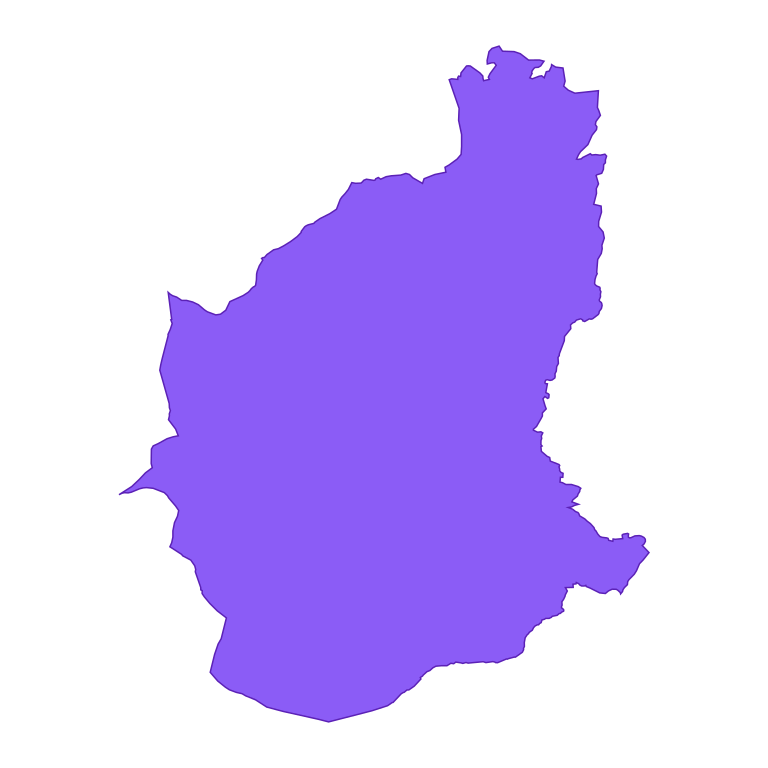 the district of Arieseni, Alba, Romania
{"feature_id": "2599482B47449436193929", "entity_name": "Arieseni", "entity_type": "district", "adm_level": 2, "iso_a3": "ROU", "parent_name": "Romania", "parent_adm1": "Alba", "projection": "robinson", "projection_center": [22.749, 46.504], "detail": "fine", "context": "isolated", "style": "filled", "palette": "violet", "viewbox_px": 768, "rotation_deg": 0, "n_neighbors": 0, "source": "geoboundaries", "source_scale": "gbopen_adm2", "svg_char_len": 6078}
<svg xmlns="http://www.w3.org/2000/svg" viewBox="0 0 768 768"><path d="M328.6,721.9L371.8,710.8L387.6,705.7L392.1,702.6L393.1,702.4L401.3,693.7L403.3,692.5L404.2,692.3L406.9,690.0L408.9,689.9L414.2,686.2L420.9,679.0L420.3,677.5L422.5,676.1L423.2,675.1L426.9,671.7L429.9,670.5L432.9,667.8L435.9,666.2L441.5,665.7L447.0,665.7L450.8,663.3L453.7,663.7L455.8,662.1L461.1,662.9L462.8,663.4L466.0,662.5L468.1,663.1L483.2,661.7L485.9,662.6L492.8,661.6L494.7,662.0L495.5,662.6L497.6,662.7L506.4,659.0L507.6,659.1L508.2,658.7L514.2,657.1L515.5,657.1L522.4,652.2L523.6,649.7L523.5,648.3L524.4,646.5L524.3,642.6L525.2,637.7L527.3,634.6L528.5,633.7L529.2,632.4L532.3,630.2L533.6,627.6L535.2,625.9L537.4,624.8L538.6,624.8L539.6,623.5L541.2,622.6L541.9,620.0L544.6,619.2L545.7,618.4L549.1,618.4L551.4,617.3L552.2,616.3L557.2,615.3L559.1,613.6L560.3,613.4L561.9,612.0L563.6,611.2L563.8,610.0L562.9,608.8L561.5,607.8L561.6,606.2L562.1,605.2L561.9,601.7L563.5,599.5L565.0,596.4L565.3,594.9L567.3,591.0L565.4,587.6L573.2,587.4L573.0,584.2L576.0,583.9L576.3,582.5L578.7,583.7L579.9,585.1L581.7,586.0L584.3,586.0L585.8,585.4L586.2,586.5L589.7,587.9L599.7,592.9L605.4,593.5L608.5,590.9L612.2,589.2L616.3,589.3L617.9,590.3L620.3,592.6L620.6,593.9L622.5,591.6L623.0,589.7L624.4,587.6L627.4,584.7L627.7,581.6L629.0,579.6L634.3,574.2L636.5,570.7L639.5,563.7L643.1,560.0L649.0,552.6L642.3,545.5L644.1,543.9L645.4,541.4L645.3,539.2L644.0,537.5L641.4,536.1L639.3,535.6L634.9,535.9L630.9,537.7L629.5,537.9L628.4,537.2L628.3,535.6L628.6,534.0L627.6,533.4L623.2,534.2L622.1,535.1L622.7,538.6L615.2,539.3L613.1,539.0L612.8,541.3L608.7,540.3L608.1,538.4L606.8,537.9L602.0,537.3L599.9,536.5L597.8,534.1L595.8,530.7L594.7,529.7L594.0,527.6L590.4,523.6L587.2,521.2L584.8,518.9L579.7,515.9L578.7,513.4L577.9,512.5L575.6,511.6L572.6,509.2L568.2,507.5L571.6,506.9L574.5,505.4L578.5,504.3L571.9,501.9L572.7,500.0L577.4,496.1L578.1,494.0L579.7,491.5L579.9,489.8L580.8,488.3L578.3,486.6L571.5,484.5L565.9,484.5L562.5,482.7L560.0,482.1L560.4,477.3L562.8,477.3L563.1,473.3L561.0,472.4L559.6,470.6L559.7,469.1L559.0,466.9L559.7,465.5L559.0,464.5L550.3,461.1L549.7,457.5L547.1,456.3L541.4,451.4L540.9,446.7L542.1,446.0L540.9,444.6L541.0,440.5L541.7,438.5L541.3,436.0L542.8,432.9L540.9,431.8L537.6,432.2L533.4,430.2L533.4,429.2L536.5,426.5L541.1,418.5L542.4,416.0L542.4,412.9L546.2,408.9L545.0,405.6L543.0,398.8L544.9,396.5L547.6,398.4L548.8,397.7L549.1,394.7L548.5,393.9L545.8,392.6L547.4,383.8L545.6,383.6L544.9,382.8L545.2,381.2L545.9,380.1L547.2,379.7L550.0,380.4L552.1,380.0L554.8,378.0L555.1,376.7L555.0,373.7L556.3,371.1L556.7,366.6L558.4,363.5L558.0,357.4L559.2,355.7L559.4,353.7L564.3,340.7L564.5,336.5L570.8,328.7L570.5,324.9L572.7,322.9L574.7,322.1L576.4,320.1L580.6,318.8L582.6,319.9L582.7,320.8L584.7,321.5L589.3,318.9L591.1,319.2L592.6,318.8L598.1,314.6L598.9,313.5L599.3,311.4L601.4,308.6L602.1,305.6L601.8,303.7L601.3,302.5L599.7,301.3L599.2,300.0L600.5,296.8L600.4,294.1L600.9,291.7L600.0,289.9L600.1,288.1L599.7,287.2L596.6,285.9L595.1,284.6L594.6,283.5L595.0,279.6L596.0,276.1L597.2,273.7L596.7,272.3L597.7,259.5L601.3,253.4L602.2,248.8L601.9,245.3L604.3,238.1L603.1,232.0L598.6,226.5L598.7,221.4L601.5,212.1L601.1,206.1L593.7,204.3L596.5,193.4L596.3,188.6L598.5,183.9L596.1,175.5L596.9,174.8L601.7,173.3L603.4,169.5L603.7,164.5L605.4,162.8L605.4,159.9L606.6,156.1L604.9,154.2L600.2,155.2L595.7,154.6L591.8,155.0L590.3,153.7L582.5,157.6L581.4,158.8L578.1,159.4L576.5,159.1L578.5,154.8L580.5,151.7L587.9,144.6L592.1,135.2L596.5,129.6L596.9,126.8L595.4,124.7L595.9,121.6L600.4,115.4L598.8,110.6L597.4,107.5L598.4,90.7L574.9,93.2L568.3,90.2L563.7,86.2L565.1,81.1L563.0,68.0L555.7,67.1L551.6,64.6L551.4,66.5L549.2,71.1L546.3,71.7L544.2,77.8L541.7,75.8L539.2,76.2L532.3,78.8L529.8,77.8L532.1,73.5L531.7,72.9L532.1,70.9L533.9,68.4L535.1,67.5L538.3,67.3L540.7,65.9L544.0,61.2L539.5,60.0L528.6,60.1L520.3,53.7L514.1,51.6L502.5,51.2L499.1,46.1L492.0,48.4L489.0,51.6L487.1,60.4L487.3,64.0L491.7,62.8L494.3,62.8L496.2,65.3L490.0,73.7L488.3,77.2L489.4,79.4L483.6,80.7L483.0,78.4L482.8,76.0L479.9,72.9L470.3,66.0L468.2,65.8L466.5,66.0L461.0,72.9L460.6,76.5L458.6,76.1L457.8,77.5L457.8,79.4L451.6,78.8L449.2,79.7L459.1,108.4L458.6,120.3L461.6,134.6L461.6,146.6L461.1,154.4L457.1,159.1L449.2,164.9L445.0,167.3L445.9,172.2L434.8,174.5L424.1,178.7L422.5,183.4L412.8,177.8L409.5,174.5L405.9,173.4L400.7,175.1L391.2,175.8L386.1,176.7L380.7,179.2L378.3,177.5L375.7,178.8L375.0,180.1L374.0,180.4L366.4,179.2L363.7,180.3L362.5,181.8L360.9,183.1L355.5,183.3L351.8,182.6L348.4,189.4L344.9,193.8L341.8,197.1L340.2,199.5L336.5,209.2L329.9,213.6L320.0,218.6L314.9,222.1L313.8,223.4L308.2,224.8L306.1,225.8L304.7,226.8L301.2,231.4L301.2,232.4L297.2,236.6L290.5,241.6L283.4,246.0L278.2,248.7L273.6,249.8L267.0,254.5L264.4,257.5L262.9,257.6L261.6,258.4L262.8,260.1L259.3,265.8L257.2,271.3L256.6,274.0L256.4,280.0L255.6,285.3L254.5,286.5L253.4,286.9L251.3,288.7L249.9,290.6L248.2,292.3L243.1,295.6L229.9,301.6L225.8,310.2L220.5,314.2L215.8,314.9L207.4,311.8L204.5,309.9L198.4,304.7L192.7,302.0L186.5,300.4L181.7,300.4L176.7,297.1L172.6,295.7L170.3,294.3L168.2,292.4L171.7,319.5L170.8,319.8L172.2,323.5L170.2,329.6L168.0,334.4L168.1,335.8L162.3,358.2L160.7,365.0L159.8,370.2L169.2,403.5L169.4,407.8L170.4,410.6L169.3,413.8L169.4,415.9L168.5,419.7L175.6,429.0L178.3,435.8L173.1,436.8L167.1,438.7L158.2,443.6L153.2,445.9L151.4,449.1L151.2,463.6L152.3,467.7L145.4,472.9L139.3,479.4L131.8,486.5L119.0,494.7L122.1,493.2L124.5,492.7L128.1,492.9L131.3,492.2L139.5,488.8L143.1,487.9L146.5,487.6L153.2,488.3L164.3,492.6L167.5,495.7L168.7,497.9L175.6,506.0L178.7,510.5L177.5,516.2L174.5,522.6L172.9,530.8L172.9,537.1L171.7,542.7L169.9,546.8L181.5,554.3L182.8,555.9L190.8,560.1L194.7,565.7L195.7,569.4L195.3,571.8L200.7,587.4L200.8,589.9L202.2,590.6L202.1,593.5L204.3,596.8L209.8,603.4L217.3,610.9L226.4,617.9L221.2,638.7L218.1,644.1L214.6,654.4L210.2,672.3L217.8,681.1L225.4,687.2L229.4,689.8L236.4,692.4L242.1,693.7L245.8,695.9L255.5,699.8L266.8,707.1L283.5,711.5L318.9,719.4L328.6,721.9Z" fill="#8b5cf6" stroke="#5b21b6" stroke-width="1.5"/></svg>